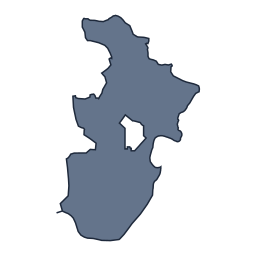 As Sabrah, Ibb, Yemen
{"feature_id": "15242507B42935945407521", "entity_name": "As Sabrah", "entity_type": "district", "adm_level": 2, "iso_a3": "YEM", "parent_name": "Yemen", "parent_adm1": "Ibb", "projection": "robinson", "projection_center": [44.337, 13.842], "detail": "fine", "context": "isolated", "style": "filled", "palette": "slate", "viewbox_px": 256, "rotation_deg": 0, "n_neighbors": 0, "source": "geoboundaries", "source_scale": "gbopen_adm2", "svg_char_len": 4641}
<svg xmlns="http://www.w3.org/2000/svg" viewBox="0 0 256 256"><path d="M75.4,95.8L72.9,96.2L73.5,107.3L74.5,112.2L75.2,115.4L76.0,119.3L77.5,123.5L78.4,126.1L81.3,127.6L83.6,128.2L84.5,129.4L84.2,130.3L84.0,134.7L87.9,137.2L89.7,138.4L94.3,141.8L96.1,143.2L95.4,149.7L93.1,149.6L90.3,149.4L86.2,153.0L80.7,153.0L75.5,153.1L74.1,153.1L70.6,154.2L70.1,155.4L69.4,156.3L68.4,157.6L67.4,158.4L66.4,158.9L67.5,167.6L68.1,174.4L68.5,178.8L68.9,185.8L68.2,195.8L66.4,197.6L60.3,203.6L62.4,210.9L62.3,211.0L63.4,211.6L63.7,211.7L66.1,212.8L68.2,213.6L71.2,215.8L73.3,218.1L75.4,222.6L75.5,222.8L77.0,227.7L77.5,229.2L78.0,230.9L78.2,231.5L80.9,235.1L84.3,237.1L87.5,238.1L92.4,238.4L94.1,238.6L94.8,238.8L95.8,239.0L99.0,239.7L101.8,240.4L102.8,240.4L106.6,240.5L107.4,240.5L110.1,240.6L110.3,240.6L119.0,239.5L119.9,238.8L124.0,234.4L128.3,228.7L132.0,223.6L140.4,214.0L147.3,204.2L150.4,198.8L152.5,195.2L152.8,189.7L153.1,188.1L153.2,186.2L153.3,184.6L153.6,183.1L154.5,181.4L155.1,180.9L156.0,180.2L156.7,179.5L157.2,178.8L157.6,178.1L158.0,177.3L158.5,176.5L159.0,175.7L159.4,174.9L159.8,174.1L160.1,173.1L160.3,172.3L160.4,171.4L160.6,170.5L160.6,169.7L160.8,168.7L160.8,167.8L160.8,166.8L160.3,167.2L158.4,167.6L157.4,167.7L155.6,167.5L154.7,167.0L153.4,165.8L152.2,164.4L151.4,163.2L150.4,161.9L150.1,160.5L150.0,159.3L150.0,159.1L149.8,158.2L149.9,157.2L150.1,156.2L150.3,155.3L150.5,154.4L150.8,153.6L150.9,152.7L151.3,151.9L151.4,151.4L151.4,151.0L151.7,150.2L152.0,149.3L152.4,148.5L152.8,147.6L152.9,146.6L153.0,145.5L153.1,144.6L153.2,143.7L153.4,142.8L153.6,141.9L153.8,140.9L154.1,140.1L154.5,139.2L154.9,138.4L155.4,137.7L156.2,137.2L156.9,136.7L157.8,136.3L158.6,135.9L159.5,135.9L160.4,135.7L161.1,135.7L161.9,135.7L162.8,135.8L163.5,136.0L164.4,136.2L165.3,136.5L166.1,136.8L167.0,137.1L167.8,137.3L168.7,137.7L169.6,138.0L170.4,138.3L171.1,138.6L171.9,139.0L172.8,139.5L173.4,140.0L174.2,140.5L175.0,140.8L175.7,141.0L176.0,141.1L176.9,141.6L177.6,141.7L178.6,141.5L179.3,141.1L179.9,140.5L180.4,139.8L180.5,138.9L180.5,138.1L180.9,137.3L181.3,136.6L181.7,135.8L181.9,134.9L181.8,134.0L181.8,133.5L181.4,132.6L181.0,131.8L180.4,131.1L179.9,130.8L179.5,130.7L178.8,130.4L178.5,130.2L178.2,129.8L178.0,129.6L178.0,129.1L178.1,128.7L178.2,128.1L178.3,127.8L178.2,127.6L177.8,126.8L177.7,125.8L177.4,125.0L177.3,124.0L177.6,123.2L177.8,122.4L178.1,121.4L178.6,120.7L178.5,119.9L178.4,119.7L178.2,119.5L177.8,119.2L177.8,117.8L178.1,117.0L179.2,113.7L179.9,113.3L180.6,112.8L181.3,112.4L182.1,112.2L182.9,111.9L183.6,111.5L184.3,110.9L184.9,110.4L185.5,109.6L186.0,108.9L186.5,108.2L186.9,107.4L187.2,106.5L187.4,105.8L189.8,102.9L192.2,98.7L193.6,96.3L195.7,93.4L198.6,91.9L199.0,91.8L199.2,91.0L199.2,90.1L199.4,89.1L199.3,88.5L199.1,87.4L198.6,85.9L196.3,84.8L193.8,83.9L192.6,83.6L186.3,82.0L184.2,81.2L182.8,80.7L181.4,80.0L175.3,76.9L173.3,75.9L170.7,71.8L171.0,66.9L172.1,66.0L172.1,65.3L171.3,64.1L168.4,65.0L165.0,64.4L161.8,65.1L158.3,64.4L156.3,61.2L153.4,59.9L150.8,59.3L149.1,58.7L148.0,56.4L148.0,52.9L147.4,49.2L147.8,48.4L147.9,47.9L147.8,47.4L147.6,47.1L146.6,45.4L146.5,45.2L145.6,43.9L146.5,43.3L147.9,43.6L148.8,41.0L148.8,38.5L144.8,37.5L143.4,37.3L138.4,37.0L137.3,36.8L133.2,34.3L132.4,32.1L131.7,30.3L129.8,25.7L125.2,22.8L122.9,19.8L120.8,17.7L118.0,16.1L115.4,15.4L115.0,15.6L114.2,15.8L113.4,15.9L113.1,16.0L111.5,17.3L109.1,18.6L108.2,19.7L106.2,20.4L103.3,21.6L100.9,21.4L99.0,21.3L97.8,21.0L94.8,20.4L91.6,20.3L90.3,20.3L89.6,19.9L89.2,19.8L88.6,19.3L88.0,18.8L85.4,18.8L84.7,18.7L84.2,18.4L83.7,18.5L82.3,21.0L82.3,27.1L83.4,29.2L84.9,32.2L85.5,37.7L87.5,40.6L90.4,40.6L92.7,41.2L95.2,41.8L99.0,42.8L101.3,43.8L104.8,45.3L106.2,46.7L107.7,48.2L109.1,51.0L110.0,52.7L111.7,56.9L111.7,58.5L110.4,58.0L109.1,59.0L110.9,64.9L109.4,66.7L108.0,68.4L107.0,69.2L104.9,70.8L102.9,72.3L101.7,73.1L103.2,74.9L104.9,76.7L105.8,79.9L106.6,82.9L105.5,84.7L104.4,86.7L102.8,89.4L101.9,93.1L99.6,96.7L98.7,98.5L98.4,98.1L95.9,98.1L94.9,95.5L93.7,94.1L91.5,94.4L90.1,94.9L89.9,97.1L85.1,99.0L78.2,98.5L75.8,97.7L75.4,95.8ZM125.0,148.9L125.0,128.3L122.3,125.8L119.9,123.5L119.4,123.1L121.0,121.0L123.8,117.1L125.3,114.9L132.7,120.9L133.5,120.8L136.3,121.5L138.4,122.1L139.9,122.4L140.5,122.9L141.0,123.7L141.4,124.3L142.1,124.9L142.8,125.4L143.6,125.8L143.6,135.7L146.1,138.0L143.4,141.1L140.8,143.9L139.1,145.9L134.8,150.6L134.7,150.8L131.2,150.8L131.1,149.8L131.2,149.5L131.3,148.8L131.2,148.4L131.0,148.5L131.0,148.8L130.8,148.9L130.4,148.2L129.8,146.9L127.4,146.9L127.4,147.4L127.3,148.9L125.0,148.9ZM62.3,211.0L58.0,212.4L57.2,212.6L56.6,212.9L62.3,211.0Z" fill="#64748b" stroke="#1e293b" stroke-width="1.5"/></svg>